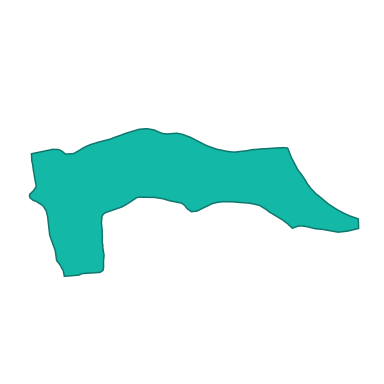 San Andrés Sajcabajá, Quiché, Guatemala (Natural Earth projection), rotated 263°
{"feature_id": "79465075B6703764087341", "entity_name": "San Andrés Sajcabajá", "entity_type": "district", "adm_level": 2, "iso_a3": "GTM", "parent_name": "Guatemala", "parent_adm1": "Quiché", "projection": "natural_earth1", "projection_center": [-90.946, 15.223], "detail": "fine", "context": "isolated", "style": "filled", "palette": "teal", "viewbox_px": 384, "rotation_deg": 263, "n_neighbors": 0, "source": "geoboundaries", "source_scale": "gbopen_adm2", "svg_char_len": 1964}
<svg xmlns="http://www.w3.org/2000/svg" viewBox="0 0 384 384"><g transform="rotate(263 192 192)"><path d="M260.7,147.2L258.3,133.3L257.2,128.8L256.6,126.2L255.7,122.0L254.4,116.9L252.9,105.2L251.4,97.0L250.3,93.0L249.1,89.5L247.0,85.1L244.6,79.4L244.9,72.3L245.3,70.7L247.8,68.5L249.0,66.9L249.6,66.2L250.5,64.4L251.3,58.9L249.5,37.3L242.3,36.8L238.7,37.2L232.7,37.2L230.0,37.4L220.8,37.8L217.3,38.1L216.1,37.8L212.8,35.0L209.5,30.6L207.1,30.2L205.9,30.6L203.1,33.3L201.2,37.0L199.1,39.1L199.0,39.7L196.2,42.6L194.5,43.4L190.9,45.0L185.1,45.7L166.4,45.5L150.6,49.1L140.4,49.3L136.0,52.0L131.2,53.9L129.9,54.6L123.9,55.0L123.3,69.6L124.4,72.8L124.2,76.9L123.4,90.8L125.0,94.1L127.6,95.0L134.5,95.8L139.8,97.0L147.3,96.7L150.3,97.0L153.0,96.8L159.4,97.7L162.6,97.8L165.0,98.2L172.3,98.3L178.8,99.7L180.8,101.3L182.0,103.5L185.7,120.5L187.6,125.3L193.2,136.6L193.3,139.1L191.1,154.5L188.9,162.2L186.1,168.6L182.2,180.3L179.7,183.0L176.0,185.2L173.8,187.6L172.5,188.9L172.5,194.9L174.6,200.7L178.0,210.7L178.6,215.8L178.6,221.2L177.4,230.8L175.8,238.1L174.5,244.9L173.8,247.9L172.7,251.3L170.5,257.3L165.7,263.4L163.0,266.0L153.4,278.3L148.8,283.1L143.8,287.2L145.1,292.7L145.1,296.3L143.7,301.5L140.4,310.3L139.1,316.6L134.3,332.2L134.2,341.9L134.5,344.5L134.8,346.7L135.3,351.1L135.5,352.8L137.2,353.1L139.4,353.3L145.0,353.8L148.2,347.4L149.1,345.5L150.2,343.7L152.0,340.8L156.1,334.8L158.9,331.3L163.3,326.1L171.8,318.1L175.3,314.6L177.7,312.9L181.0,310.4L186.5,307.3L189.8,305.9L194.9,303.4L201.2,299.7L213.9,294.9L223.0,292.6L224.1,291.9L224.9,287.9L225.5,279.6L225.9,271.5L226.4,265.5L226.4,261.3L226.7,257.0L226.3,251.4L226.4,239.1L227.1,235.6L228.5,230.3L229.8,226.9L230.9,223.1L232.9,218.8L233.8,217.1L234.8,215.0L236.6,211.6L241.4,204.5L246.6,196.9L248.9,192.3L250.1,190.3L252.2,184.1L252.6,174.8L253.4,170.7L254.2,168.7L256.6,164.6L257.9,162.6L258.5,160.9L259.7,157.3L260.4,154.4L260.7,147.2Z" fill="#14b8a6" stroke="#0f766e" stroke-width="1.5"/></g></svg>